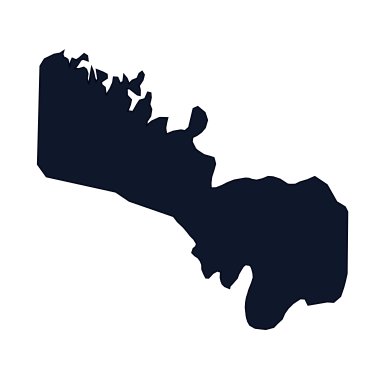 Bagan Datuk, Perak, Malaysia, rotated 184°
{"feature_id": "92858781B98858814885559", "entity_name": "Bagan Datuk", "entity_type": "district", "adm_level": 2, "iso_a3": "MYS", "parent_name": "Malaysia", "parent_adm1": "Perak", "projection": "equal_earth", "projection_center": [100.991, 3.877], "detail": "fine", "context": "isolated", "style": "filled", "palette": "ink", "viewbox_px": 384, "rotation_deg": 184, "n_neighbors": 0, "source": "geoboundaries", "source_scale": "gbopen_adm2", "svg_char_len": 2589}
<svg xmlns="http://www.w3.org/2000/svg" viewBox="0 0 384 384"><g transform="rotate(184 192 192)"><path d="M108.8,60.2L101.0,62.9L98.0,66.6L93.3,71.6L91.2,77.5L87.9,82.9L83.5,87.9L79.4,91.1L76.4,93.3L74.4,93.3L71.7,93.3L68.3,87.4L49.4,92.0L43.0,92.0L36.6,98.3L34.2,107.4L32.9,114.2L31.8,121.4L35.5,183.1L38.2,187.7L47.0,192.2L57.8,208.5L70.6,215.8L77.4,212.2L84.8,209.4L89.5,206.7L94.3,206.3L97.0,206.3L105.1,210.8L112.2,212.6L117.2,212.6L122.6,209.9L128.4,208.1L132.8,208.5L136.1,209.4L139.8,209.4L150.6,206.7L157.4,203.5L162.5,200.4L168.2,197.7L173.3,197.2L173.9,202.2L173.6,208.5L171.9,215.3L170.6,221.7L172.6,227.6L176.0,228.5L182.7,229.9L189.1,233.5L191.5,235.3L195.5,242.1L195.2,246.6L191.1,248.9L186.8,252.5L183.4,257.1L181.7,264.8L184.7,272.1L192.2,277.5L196.5,275.2L197.9,266.6L199.6,256.2L203.3,252.5L207.3,253.0L214.8,251.2L221.5,248.0L222.9,253.9L222.2,260.3L221.5,264.3L229.6,263.9L237.1,259.8L241.8,255.3L241.8,259.4L238.7,264.8L238.1,271.6L240.4,276.6L239.4,283.4L240.1,287.9L243.1,288.4L245.5,281.6L250.6,279.8L252.9,275.7L256.6,268.0L261.7,268.4L259.7,274.8L259.0,279.8L263.4,283.9L264.1,290.7L261.4,290.7L253.3,285.2L250.6,284.8L250.9,290.2L252.2,294.3L248.9,300.2L247.9,305.6L250.2,308.8L252.9,306.5L254.6,301.5L259.3,299.3L262.4,295.6L264.7,300.6L268.1,304.3L268.4,297.5L271.1,295.2L274.2,301.1L278.2,301.1L278.6,295.6L280.9,289.3L284.3,282.9L285.0,284.8L286.0,290.2L289.7,292.9L290.0,295.6L284.6,299.7L285.0,303.4L289.0,305.2L295.8,307.4L293.8,298.4L295.4,295.2L297.1,299.3L298.8,305.2L300.8,309.3L301.9,297.9L302.2,292.0L304.6,297.9L304.2,302.9L305.9,307.0L308.6,308.8L313.3,307.0L317.4,307.0L314.7,311.1L312.0,316.1L309.6,317.0L304.9,315.6L305.9,320.6L309.3,322.4L313.7,317.9L316.7,315.6L320.8,317.0L321.8,314.3L322.8,308.8L325.2,315.6L327.5,317.0L328.9,317.0L330.6,320.2L329.9,323.8L333.3,321.1L339.0,319.7L348.4,314.3L352.2,307.0L348.4,220.8L347.9,208.8L338.3,197.2L268.1,186.8L253.9,178.6L208.7,166.4L204.3,161.4L198.2,156.4L194.2,152.3L190.5,148.2L186.8,145.0L183.7,140.5L184.4,137.8L186.8,135.5L187.8,131.4L184.7,128.7L181.4,126.9L178.7,123.7L177.0,120.1L176.6,115.5L174.6,111.5L172.2,107.4L169.5,107.4L165.5,112.4L163.5,113.7L161.4,115.1L157.7,114.2L157.7,108.7L156.7,105.1L155.4,102.4L152.7,100.1L147.9,98.5L147.6,100.7L145.7,103.0L140.9,109.4L139.9,113.2L137.9,117.3L135.8,121.3L133.6,123.4L129.3,123.1L127.8,121.6L126.5,118.7L125.4,115.2L124.7,111.2L126.0,105.6L128.4,98.1L129.1,94.6L130.1,90.5L130.6,85.9L130.6,80.7L129.9,76.6L129.1,72.3L128.4,69.7L127.1,66.5L125.0,63.3L119.6,60.7L108.8,60.2Z" fill="#0f172a" stroke="#020617" stroke-width="1.5"/></g></svg>